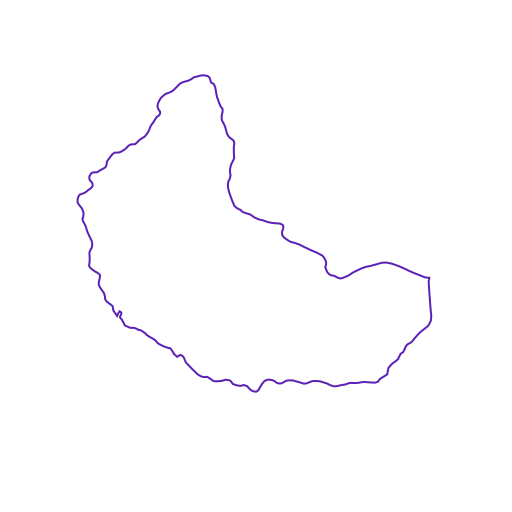 Fatululic, Cova Lima, East Timor (Mercator projection), rotated 210°
{"feature_id": "22284137B33809863123080", "entity_name": "Fatululic", "entity_type": "district", "adm_level": 2, "iso_a3": "TLS", "parent_name": "East Timor", "parent_adm1": "Cova Lima", "projection": "mercator", "projection_center": [125.158, -9.205], "detail": "fine", "context": "isolated", "style": "outline", "palette": "violet", "viewbox_px": 512, "rotation_deg": 210, "n_neighbors": 0, "source": "geoboundaries", "source_scale": "gbopen_adm2", "svg_char_len": 6089}
<svg xmlns="http://www.w3.org/2000/svg" viewBox="0 0 512 512"><g transform="rotate(210 256 256)"><path d="M346.3,134.6L346.5,135.8L346.6,138.2L346.5,139.6L346.5,139.9L345.6,139.9L345.1,139.8L344.3,139.6L343.8,138.6L343.6,137.6L343.5,136.4L343.5,135.5L342.6,134.6L342.4,134.4L341.6,134.2L339.9,133.7L339.4,133.1L338.6,132.8L337.9,132.3L337.0,131.8L336.0,131.1L335.6,130.6L334.1,130.3L332.7,130.5L331.4,130.7L330.3,130.8L329.6,130.8L328.9,131.0L327.0,132.0L326.7,132.2L326.0,132.8L324.7,133.0L322.8,133.3L322.2,133.4L321.0,133.1L320.7,133.2L319.9,133.8L318.0,134.0L316.8,134.0L314.9,133.8L313.4,133.8L312.6,133.5L311.9,133.2L311.6,133.1L311.1,133.0L310.5,132.9L309.3,132.9L308.3,132.8L307.0,132.8L303.0,132.8L302.0,132.7L301.1,132.7L300.3,132.4L297.7,131.4L296.2,131.3L294.6,131.4L292.9,131.4L292.5,131.5L291.3,131.5L289.3,131.9L286.5,132.4L285.5,132.7L285.0,132.9L284.4,133.2L282.8,132.8L280.7,131.7L279.1,130.9L278.9,130.6L278.5,130.1L277.6,130.1L273.9,129.3L272.9,131.1L271.9,132.7L269.1,132.6L267.0,131.5L265.8,130.4L265.5,130.2L264.8,129.7L263.7,128.9L262.7,128.5L260.2,127.8L258.7,127.3L257.1,126.9L254.6,126.2L254.3,126.0L254.1,126.0L252.5,125.7L250.9,125.3L247.2,124.3L243.5,124.3L242.4,124.5L239.7,125.5L238.8,126.4L237.4,127.0L236.6,126.9L233.3,126.8L232.2,126.6L231.3,126.5L230.8,126.6L230.2,126.6L228.9,126.9L227.2,128.0L226.0,128.7L224.8,129.6L223.5,130.5L222.8,131.1L221.6,132.5L220.6,133.5L218.6,134.4L218.2,134.6L216.3,135.1L215.1,134.9L214.3,134.6L213.7,134.4L212.9,133.9L211.9,133.6L208.0,134.4L206.9,134.8L204.7,135.6L204.5,135.8L203.6,136.6L202.8,137.5L202.0,138.2L198.8,138.8L197.9,138.6L196.7,138.2L195.8,137.9L194.8,137.5L194.0,137.4L191.3,137.3L189.2,138.1L188.1,138.4L187.1,140.2L186.8,141.6L186.9,143.9L186.9,145.4L186.7,149.1L186.3,151.3L185.5,153.0L184.5,154.3L182.7,155.6L180.6,156.3L179.9,156.6L177.9,156.9L176.5,156.8L176.1,156.8L175.0,156.5L172.7,156.9L170.3,158.4L169.0,160.4L167.8,162.4L167.1,163.5L165.1,164.9L163.4,165.8L161.7,166.8L160.1,167.1L158.2,167.6L155.1,168.4L151.2,169.2L148.8,170.6L147.1,172.8L144.8,175.7L142.8,177.0L139.5,178.8L137.5,179.6L133.7,180.4L131.8,180.9L130.1,181.1L126.9,181.3L123.9,181.9L122.0,182.9L120.4,184.2L119.2,185.3L116.9,187.4L114.5,189.3L111.8,192.5L110.3,193.6L107.2,195.2L105.2,196.5L103.5,197.7L102.5,198.6L101.5,199.4L98.7,201.4L95.7,202.7L94.0,203.6L91.5,204.8L89.4,206.0L87.6,208.0L87.3,211.0L86.3,213.3L84.4,216.7L83.2,219.2L85.3,225.0L85.0,227.6L84.1,231.1L82.5,234.5L81.4,237.9L81.6,238.9L81.8,242.4L81.9,243.6L80.8,245.7L80.5,246.4L80.7,249.4L80.8,250.3L81.1,252.9L80.6,255.3L78.7,258.3L78.1,260.2L77.3,264.9L76.5,269.1L75.2,273.5L73.7,277.2L72.2,280.9L71.9,283.4L72.2,287.3L73.2,289.7L74.5,292.1L77.7,296.5L82.7,303.8L89.2,313.4L93.7,320.2L95.0,323.8L98.9,322.0L103.7,321.3L109.9,320.4L114.7,319.8L121.3,319.3L126.6,318.7L131.3,317.9L134.8,317.2L140.0,315.4L143.5,313.2L146.6,310.0L151.6,304.9L153.9,302.8L154.3,302.5L155.3,301.7L158.3,298.2L162.1,292.7L163.9,289.9L166.1,285.4L169.3,281.1L171.5,278.8L174.2,278.1L176.0,278.0L178.5,277.9L181.2,276.9L183.5,276.8L185.3,277.3L185.9,277.6L187.1,278.2L188.4,279.4L190.4,280.9L190.7,282.4L191.4,284.5L192.6,286.1L194.4,287.5L197.1,289.0L199.0,289.5L202.2,289.4L206.0,289.2L211.5,288.5L217.6,288.0L218.5,287.9L224.2,287.6L228.7,286.8L233.3,285.5L236.4,285.6L238.3,285.7L241.6,286.2L244.0,287.5L245.0,289.1L245.6,289.9L245.9,292.2L246.8,294.9L248.3,296.3L251.2,296.1L253.2,295.2L254.4,294.7L256.7,293.5L259.3,292.4L263.1,291.2L265.9,290.7L268.0,290.3L269.6,289.8L271.7,289.2L276.1,288.6L282.0,289.1L285.4,288.2L289.3,287.5L291.1,287.7L292.5,288.3L294.4,287.9L297.1,288.0L300.1,288.7L301.5,289.9L301.8,290.2L302.6,290.7L305.6,293.1L311.0,297.6L314.0,300.8L315.1,302.4L315.4,302.8L316.5,304.7L317.3,307.2L317.2,309.3L318.4,313.2L319.8,314.8L321.5,317.3L322.2,319.2L322.6,320.4L323.1,321.9L323.4,323.7L323.5,326.7L323.5,327.3L323.6,328.3L323.9,330.0L326.3,333.6L327.2,335.0L328.4,337.0L330.0,339.9L330.9,342.4L332.6,344.4L334.0,344.9L338.8,345.5L342.5,347.5L344.4,349.7L348.0,353.0L351.4,355.3L353.3,356.4L354.4,357.8L356.1,360.8L356.9,363.9L358.5,366.7L361.5,367.9L365.3,370.8L367.1,372.5L368.1,373.2L369.3,374.2L371.5,376.7L372.6,378.0L374.1,379.9L375.9,381.9L378.6,383.9L381.1,383.7L382.5,384.4L383.9,386.0L385.3,387.2L387.8,387.7L390.5,386.8L390.9,386.6L392.6,385.8L394.7,384.1L396.8,381.9L398.4,380.5L399.4,379.3L400.4,376.8L402.4,373.9L404.9,371.4L406.6,369.4L407.8,367.8L408.6,365.2L409.1,363.0L409.8,360.5L409.9,359.8L411.1,356.6L412.9,354.1L414.6,352.1L416.0,349.7L416.9,347.0L417.4,345.4L417.5,341.7L417.0,338.5L416.1,336.2L414.0,334.4L411.5,333.2L410.6,332.2L410.1,330.4L410.3,329.6L410.4,328.9L411.1,327.8L411.5,326.3L411.7,322.9L411.8,320.2L412.1,317.4L412.1,314.7L411.6,312.1L411.5,310.2L411.5,307.2L412.1,303.7L413.7,300.8L414.9,298.2L415.3,296.7L415.4,296.2L416.6,292.4L418.7,291.1L420.8,289.4L421.8,287.0L422.3,284.5L423.6,281.3L424.1,280.6L424.6,279.6L425.3,278.4L426.5,277.1L430.1,274.8L431.2,272.6L431.8,268.7L432.1,265.5L432.3,263.7L431.7,262.0L431.0,259.9L430.7,258.5L431.0,257.1L431.9,255.4L433.2,253.4L434.6,250.8L435.5,249.1L437.0,248.0L438.4,247.4L439.3,246.4L439.7,245.7L440.1,245.0L440.1,243.6L440.1,241.6L438.7,239.2L438.1,238.8L437.5,238.4L435.0,237.7L433.6,236.7L432.6,235.1L432.6,234.3L432.6,233.5L433.1,231.5L433.6,230.5L433.9,230.1L434.2,229.6L434.9,227.4L435.4,226.2L436.5,224.3L439.2,221.3L439.3,221.0L439.5,219.3L439.2,217.0L437.9,214.0L436.7,212.8L435.3,212.1L433.4,211.3L430.7,210.2L429.8,209.6L427.3,207.5L426.2,205.9L425.1,203.2L424.8,201.3L423.6,199.9L420.3,197.9L418.8,196.9L417.5,195.9L415.9,194.2L413.5,192.2L407.9,188.3L406.4,187.3L404.3,185.3L402.8,182.5L402.3,180.4L402.5,178.8L402.3,177.2L402.0,175.7L399.9,172.4L399.4,171.7L399.1,171.2L398.1,169.4L397.2,167.8L396.2,165.2L395.5,163.9L393.9,163.0L391.7,162.5L388.1,162.1L385.1,162.2L382.5,161.9L381.2,161.0L380.4,159.1L379.4,155.9L378.7,154.0L378.0,152.8L376.4,151.5L375.0,150.6L373.0,149.7L368.9,147.7L366.6,145.5L365.1,143.2L362.8,142.0L359.8,141.5L357.3,141.3L355.1,140.9L354.2,139.8L352.2,137.4L346.3,134.6Z" fill="none" stroke="#5b21b6" stroke-width="2"/></g></svg>